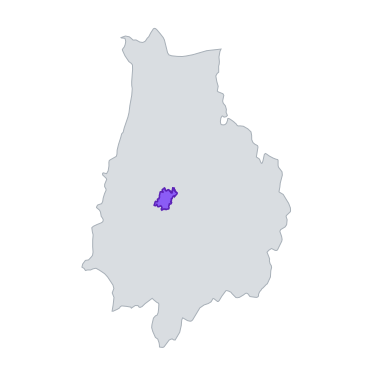 Staryya Darohi, Minsk, Belarus (highlighted), rotated 97°
{"feature_id": "67162791B98065545782790", "entity_name": "Staryya Darohi", "entity_type": "district", "adm_level": 2, "iso_a3": "BLR", "parent_name": "Belarus", "parent_adm1": "Minsk", "projection": "equal_earth", "projection_center": [28.161, 53.049], "detail": "fine", "context": "in_parent", "style": "filled", "palette": "violet", "viewbox_px": 384, "rotation_deg": 97, "n_neighbors": 0, "source": "geoboundaries", "source_scale": "gbopen_adm2", "svg_char_len": 7095}
<svg xmlns="http://www.w3.org/2000/svg" viewBox="0 0 384 384"><g transform="rotate(97 192 192)"><path d="M320.0,256.8L313.7,256.5L306.1,256.6L301.9,258.9L297.3,257.8L294.0,259.1L286.6,265.4L283.7,268.8L281.0,274.1L279.4,278.0L280.3,280.8L281.8,283.3L282.1,286.1L282.9,288.2L281.0,289.8L280.0,292.1L276.8,291.7L272.9,289.5L272.0,286.4L269.0,284.2L267.0,283.0L263.7,282.9L258.5,283.9L251.8,284.7L246.6,284.9L243.8,286.0L239.7,287.1L238.1,285.8L235.8,282.2L233.9,278.7L232.6,277.1L231.5,276.7L230.1,276.8L228.5,277.9L227.3,279.1L223.0,280.4L221.2,281.7L219.1,284.9L217.7,284.7L216.3,283.9L214.6,280.3L212.4,279.5L208.8,279.4L204.3,278.6L200.7,277.5L199.4,277.8L197.3,279.4L194.9,279.6L189.9,278.2L188.9,278.8L185.9,282.8L184.5,283.0L183.8,282.5L184.2,279.0L181.2,277.8L176.3,277.6L172.7,278.1L171.0,278.0L170.2,277.3L165.9,271.5L163.6,271.1L159.6,271.4L153.6,270.7L146.7,269.4L142.9,268.9L141.0,267.6L136.7,267.1L125.3,264.7L120.7,264.2L113.8,264.2L103.4,263.6L96.7,263.9L93.6,264.8L90.0,265.3L77.6,265.9L73.1,266.6L71.8,267.8L70.3,270.5L65.0,275.1L60.0,278.2L59.0,278.5L56.2,276.9L53.8,276.3L50.9,276.1L48.9,276.7L47.6,277.4L47.7,281.0L47.4,281.3L45.3,277.1L45.6,273.2L46.9,271.0L48.4,269.0L47.9,266.1L49.5,262.1L49.6,259.3L49.0,258.1L47.9,256.7L44.7,255.1L43.3,253.9L39.0,252.3L34.7,250.2L34.1,249.0L34.3,248.1L35.1,246.8L38.5,243.1L42.2,239.4L44.5,237.9L56.8,233.2L58.7,231.6L59.3,228.8L59.2,223.2L58.7,218.1L57.8,214.6L55.7,208.1L49.9,194.5L46.6,180.6L49.0,181.4L54.7,181.7L59.3,180.7L61.7,180.6L63.8,180.9L69.8,180.1L71.2,181.4L73.9,182.5L79.2,180.9L83.9,178.9L88.7,179.2L89.4,178.2L90.7,173.3L92.2,172.2L98.0,172.7L100.1,171.8L102.4,169.4L105.9,167.9L108.7,167.9L111.7,166.2L113.1,167.3L113.8,169.3L112.8,171.0L113.2,171.6L115.2,172.4L118.8,172.4L121.0,171.7L121.6,170.8L121.6,169.1L121.1,167.5L119.6,166.2L116.8,165.5L114.9,165.5L114.5,164.6L115.2,162.8L117.0,159.4L119.2,156.3L120.5,155.2L120.8,154.1L120.5,152.3L120.5,149.0L122.5,144.3L125.1,140.8L128.6,139.7L132.8,139.1L135.5,137.5L136.8,135.6L138.0,132.6L139.3,132.0L149.4,132.4L150.9,129.4L151.8,128.6L153.7,127.7L155.1,126.6L154.6,125.8L152.0,125.3L146.0,124.8L144.8,123.9L145.2,122.7L146.9,119.6L148.4,115.7L149.2,112.7L149.4,110.9L150.2,110.4L155.1,109.8L156.8,109.2L161.0,105.1L164.2,104.4L172.5,105.5L176.3,105.4L181.1,105.7L181.5,105.3L183.3,101.2L191.5,94.7L195.8,92.4L198.6,91.9L199.6,92.0L203.9,95.5L205.0,95.6L207.9,94.2L212.9,94.1L215.3,95.3L218.6,99.5L220.4,100.0L225.3,97.6L228.0,96.8L229.8,96.9L239.1,100.1L239.8,101.2L239.8,102.4L238.4,106.2L240.4,108.6L242.6,110.2L247.4,107.6L249.1,106.8L251.0,106.8L253.6,105.8L255.5,104.3L257.2,103.8L260.6,104.2L266.8,103.8L274.0,106.1L274.6,106.9L278.3,109.6L279.6,110.9L280.8,111.4L282.7,112.7L285.3,113.5L287.0,113.3L287.9,113.7L288.7,114.8L288.8,116.5L288.7,121.7L286.1,124.3L285.8,125.3L286.0,126.4L288.1,128.6L290.8,132.1L291.4,134.1L291.4,135.6L287.9,140.0L286.8,141.0L286.0,143.2L285.6,145.4L285.8,146.3L292.0,149.8L296.5,151.8L297.5,152.7L297.6,153.3L295.3,157.1L295.1,158.1L298.7,159.7L300.7,162.2L302.6,166.2L306.1,170.1L318.9,175.8L320.1,176.9L320.5,178.1L320.2,180.8L318.0,185.9L320.2,186.6L325.8,186.4L332.7,187.1L341.0,190.7L341.0,192.3L340.2,193.8L340.9,195.4L341.8,196.7L349.0,200.8L349.8,201.9L349.9,203.9L349.8,205.4L347.8,205.7L345.7,206.3L342.1,208.1L340.8,210.6L335.1,214.0L331.5,215.5L328.7,215.6L321.9,214.9L319.4,213.2L318.4,211.6L315.8,210.9L312.3,210.9L307.5,211.2L306.5,211.6L305.8,213.5L303.8,216.7L302.4,218.6L308.6,225.0L311.8,227.6L312.8,229.3L312.8,230.4L311.3,231.8L311.6,234.5L314.7,238.1L313.7,238.7L313.5,243.2L313.6,247.9L314.5,249.1L316.1,250.0L317.5,251.8L319.9,255.7L320.0,256.8Z" fill="#d9dde1" stroke="#a8b0b8" stroke-width="1"/><path d="M212.5,215.1L212.2,214.7L211.8,214.0L211.8,213.5L211.5,213.0L211.0,212.9L210.2,212.9L209.7,213.1L209.4,213.3L208.8,213.4L208.1,213.2L207.9,213.0L207.7,213.0L207.1,213.2L206.8,213.2L206.4,212.9L206.5,212.6L206.6,212.3L206.6,212.1L206.5,211.6L206.1,211.3L205.7,211.2L205.2,211.0L204.9,211.0L204.8,211.4L204.8,211.7L204.5,212.0L203.9,211.9L203.7,211.6L203.6,211.4L203.2,211.3L202.9,211.6L202.7,211.7L202.2,211.6L201.9,211.4L201.5,211.7L201.2,211.7L201.0,211.3L201.0,211.1L200.8,210.9L200.3,210.8L200.0,210.8L199.3,210.5L198.6,210.3L198.4,210.0L198.8,209.8L198.7,209.5L198.2,209.4L198.0,209.1L197.8,208.8L197.8,208.3L198.1,208.3L197.8,208.1L197.4,207.8L197.0,207.6L196.7,207.4L196.4,207.2L196.0,206.9L195.8,206.7L195.5,206.6L195.2,206.6L194.7,206.6L194.5,206.9L194.5,207.0L194.3,207.3L194.1,207.4L194.0,207.6L194.2,207.9L194.2,208.0L193.9,208.2L193.7,208.2L193.3,208.3L193.2,208.5L193.3,208.7L193.2,209.1L192.9,209.2L192.6,209.0L192.4,209.0L192.1,209.0L192.0,209.4L192.2,209.5L192.4,209.6L192.7,209.7L192.8,209.9L192.7,210.0L192.3,210.0L191.7,210.0L190.3,210.0L190.2,210.2L190.2,210.4L190.2,210.5L190.2,211.6L190.5,211.6L191.6,211.7L192.8,211.7L193.6,211.7L194.3,211.7L194.7,211.6L195.0,211.6L195.4,211.7L195.5,211.9L195.4,212.0L195.1,212.1L194.8,212.2L194.6,212.2L194.6,212.4L194.8,212.5L195.0,212.5L195.2,212.8L195.2,213.0L194.9,213.2L194.6,213.1L194.2,212.9L194.0,213.0L193.8,213.0L193.7,213.3L193.6,213.5L193.9,213.8L194.0,214.0L193.9,214.3L193.7,214.5L193.2,214.7L193.0,214.9L192.8,215.0L192.6,215.2L192.5,215.4L192.6,215.7L192.8,215.8L192.9,216.0L192.9,216.4L192.9,216.6L193.0,216.8L193.3,217.0L193.6,217.0L193.8,217.4L193.9,217.5L194.0,217.5L194.1,217.9L194.0,218.0L193.8,218.2L193.6,218.5L193.4,218.6L193.3,218.8L193.0,218.8L192.7,218.9L192.4,219.0L192.1,219.1L191.9,219.2L191.7,219.3L191.5,219.5L191.4,219.7L191.3,220.0L191.6,220.1L191.9,220.2L192.1,220.2L192.3,220.2L192.4,220.4L192.4,220.7L192.5,221.1L192.8,221.3L193.0,221.4L193.1,221.7L193.2,221.8L193.7,221.8L194.1,221.7L194.4,221.6L194.7,221.4L195.0,221.3L195.1,221.2L195.2,220.9L195.4,220.8L195.6,220.8L195.8,220.8L195.8,221.0L195.6,221.3L195.6,221.5L195.7,221.9L195.7,222.0L195.6,222.3L195.4,222.6L195.4,222.8L195.6,223.1L195.7,223.3L195.9,223.6L196.5,223.6L196.9,223.7L197.4,223.7L197.9,223.7L198.4,223.8L198.9,223.9L199.4,223.9L199.8,223.9L200.1,223.8L200.4,223.8L200.6,223.7L200.9,223.6L201.3,223.6L201.5,223.7L201.5,223.9L201.7,224.0L202.0,224.0L202.5,223.9L202.8,224.0L202.9,224.3L203.0,224.7L203.1,225.0L203.2,225.3L203.4,225.4L203.7,225.4L204.0,225.3L204.2,225.2L204.6,225.1L204.9,225.0L205.2,225.0L205.4,225.0L205.7,225.0L205.9,225.2L206.0,225.5L206.0,225.8L205.9,225.9L205.8,226.2L205.7,226.5L205.7,226.9L205.7,227.0L205.9,227.2L206.3,227.3L206.5,227.4L207.0,227.5L207.5,227.5L208.2,227.7L208.5,227.7L209.0,227.9L209.8,228.0L209.9,227.9L210.1,227.0L210.0,226.3L209.5,226.0L208.6,225.6L208.6,225.3L209.2,225.1L209.6,224.8L210.2,224.5L210.7,224.2L210.7,223.8L210.7,223.1L210.5,222.8L210.1,222.5L210.1,222.1L209.8,221.7L209.5,221.4L209.6,221.2L209.8,220.8L210.1,220.6L210.6,220.2L211.0,220.0L211.5,219.9L211.9,220.1L212.2,220.4L212.5,220.4L212.8,220.4L213.3,220.2L213.4,219.9L213.7,219.7L213.4,219.3L213.0,219.2L212.9,218.8L212.9,218.5L212.5,218.3L212.2,217.8L212.2,217.3L212.4,217.1L212.6,216.8L212.7,216.5L212.5,216.1L212.1,215.9L212.2,215.6L212.5,215.2L212.5,215.1Z" fill="#8b5cf6" stroke="#5b21b6" stroke-width="1.5"/></g></svg>